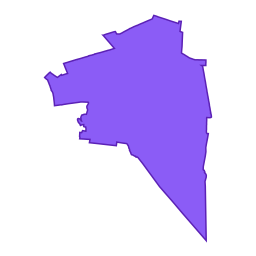 Valea Nucarilor, Tulcea, Romania
{"feature_id": "2599482B55902269150341", "entity_name": "Valea Nucarilor", "entity_type": "district", "adm_level": 2, "iso_a3": "ROU", "parent_name": "Romania", "parent_adm1": "Tulcea", "projection": "robinson", "projection_center": [28.899, 45.009], "detail": "fine", "context": "isolated", "style": "filled", "palette": "violet", "viewbox_px": 256, "rotation_deg": 0, "n_neighbors": 0, "source": "geoboundaries", "source_scale": "gbopen_adm2", "svg_char_len": 5318}
<svg xmlns="http://www.w3.org/2000/svg" viewBox="0 0 256 256"><path d="M202.6,66.1L201.9,65.7L201.6,65.5L202.9,65.5L203.4,65.5L204.4,65.5L205.8,65.5L205.8,63.6L205.9,62.7L205.9,60.0L201.8,59.9L200.9,59.9L198.8,59.9L198.1,59.8L196.8,59.8L194.9,59.8L194.5,59.6L193.6,59.4L192.3,58.9L190.6,58.3L189.6,58.0L188.9,57.6L187.1,56.4L186.5,56.1L184.2,54.6L183.1,54.0L181.6,53.1L181.5,52.9L181.5,52.6L181.8,48.9L182.0,46.9L182.1,44.7L182.1,44.3L182.6,32.6L182.6,32.4L182.3,32.3L180.0,31.4L180.9,24.4L181.3,21.3L179.0,21.2L178.8,22.1L178.7,22.3L178.4,23.5L176.9,23.0L176.3,22.8L173.8,22.0L171.6,21.3L170.3,20.9L166.0,19.4L157.9,16.8L156.8,16.3L153.8,15.4L152.3,18.8L151.4,19.3L149.9,19.9L148.2,20.6L143.8,22.5L143.7,22.6L141.2,23.6L138.7,24.7L138.5,24.8L137.9,25.1L137.4,25.4L137.2,25.5L137.0,25.4L133.6,26.8L132.3,27.5L131.8,27.7L130.4,28.4L129.6,28.6L129.0,29.1L128.3,29.5L126.0,30.7L123.9,31.8L122.7,32.5L122.4,32.7L122.2,32.8L120.8,33.5L120.3,33.7L119.9,33.9L119.8,34.0L119.2,34.0L118.5,34.0L116.6,33.9L116.5,33.7L115.5,31.8L115.4,31.6L115.2,31.5L114.9,31.6L114.0,31.8L112.9,32.1L107.4,33.8L106.6,34.0L105.2,34.5L104.1,34.9L103.6,35.2L103.4,35.2L103.0,35.2L103.1,35.3L114.4,48.4L113.7,48.6L110.7,49.6L109.9,49.9L109.0,50.1L107.7,50.4L106.3,50.9L106.1,50.9L105.0,51.2L102.4,52.0L99.6,52.8L98.6,53.0L96.3,53.6L95.4,53.9L95.0,53.8L94.8,54.1L94.4,54.3L91.1,55.3L90.8,55.3L90.3,55.4L89.0,55.7L88.7,55.8L88.6,56.0L88.4,56.1L88.1,56.2L87.8,56.3L87.4,56.5L86.1,56.8L85.0,57.1L84.2,57.4L83.0,57.7L82.5,57.9L80.1,58.6L79.4,58.8L78.6,59.0L78.2,59.1L77.1,59.4L77.1,59.5L76.7,59.5L63.6,63.5L63.9,64.2L64.7,66.1L64.7,66.3L67.4,72.9L67.6,73.5L66.0,73.9L61.7,75.3L61.3,74.5L57.4,77.4L56.7,77.0L53.4,74.8L52.7,74.2L52.4,74.1L52.2,74.0L51.9,73.7L51.2,73.2L50.5,72.6L50.4,72.5L50.3,72.4L50.2,72.2L50.0,72.3L49.6,72.5L48.7,73.4L46.3,75.7L45.2,76.9L44.8,77.2L44.6,77.5L46.6,79.3L47.6,79.9L47.6,80.1L47.9,80.7L47.9,80.8L48.2,81.6L48.5,82.2L48.6,82.6L48.9,83.2L49.0,83.6L49.5,84.9L49.9,85.7L50.2,86.8L50.6,88.0L51.0,89.2L51.4,90.4L51.3,90.5L51.8,91.1L52.1,91.4L52.3,91.7L52.6,92.5L52.9,93.2L53.0,93.5L53.4,96.0L53.5,96.2L53.8,98.3L53.8,98.6L54.3,102.9L54.5,105.7L61.0,104.8L61.5,104.9L62.5,104.7L62.9,104.6L64.3,104.3L64.5,104.3L65.8,104.1L68.3,103.7L71.4,103.3L75.8,102.7L78.1,102.4L80.6,102.0L81.2,102.0L83.0,102.0L88.2,102.2L88.5,102.7L88.5,102.9L88.5,103.1L88.4,103.4L87.8,104.7L87.5,105.1L87.0,105.9L86.8,106.9L86.9,107.3L87.0,108.2L87.3,108.7L87.5,109.3L87.6,109.9L87.5,110.6L87.3,111.2L87.0,112.1L86.7,113.3L86.4,114.3L85.6,114.2L85.1,114.2L84.5,114.3L84.1,114.3L83.5,114.5L82.8,114.9L82.6,114.9L82.4,114.9L82.1,114.9L82.0,115.0L81.8,115.1L81.7,115.3L81.5,115.6L81.3,116.2L81.1,116.6L80.9,117.2L80.9,117.3L80.8,117.6L80.9,117.9L80.9,118.2L80.9,118.6L81.0,118.7L81.0,119.2L81.2,120.3L81.2,120.5L81.5,121.0L81.4,121.0L81.0,120.5L81.0,120.4L80.8,119.5L80.8,119.3L78.4,118.5L78.0,118.6L77.7,118.9L77.6,119.0L77.5,119.3L77.6,119.8L77.6,120.3L77.8,120.8L77.9,121.1L78.1,121.5L78.2,122.0L78.6,122.6L80.0,124.2L80.2,124.6L80.3,125.3L80.5,125.5L80.9,125.3L81.6,124.9L82.2,124.8L83.0,124.7L83.7,124.6L83.7,125.6L83.7,126.2L83.7,126.4L83.8,126.6L84.1,126.8L85.7,127.0L85.7,127.4L85.9,128.0L86.0,129.2L85.8,131.2L82.6,130.6L81.6,132.6L79.8,132.4L79.6,136.3L79.6,136.7L79.7,136.9L79.8,137.0L79.9,137.4L79.8,138.4L79.7,138.8L80.7,138.9L83.3,139.0L87.5,139.3L90.0,139.4L89.4,142.7L98.6,143.7L116.3,145.7L116.7,142.9L116.8,142.6L116.8,142.1L121.1,142.8L122.4,143.0L124.5,143.3L126.7,143.6L126.9,143.8L127.2,144.1L127.7,145.1L128.1,145.3L128.3,145.7L128.5,146.6L128.6,146.9L128.8,147.4L128.8,147.9L129.0,148.3L129.2,148.8L129.5,149.2L129.5,149.4L129.6,149.8L129.5,150.4L129.7,150.7L130.0,151.2L130.1,151.5L130.2,151.9L130.6,152.3L130.8,152.8L130.9,153.6L131.1,153.9L131.5,154.7L132.0,154.8L132.8,155.0L134.6,156.1L134.8,156.2L135.6,156.2L136.0,157.1L136.6,157.1L136.8,157.1L137.0,157.1L137.3,157.1L137.5,157.2L137.8,157.4L138.3,158.0L142.5,163.3L159.6,186.7L172.7,201.7L182.6,213.4L206.2,240.6L205.3,186.3L205.0,181.5L206.2,177.2L206.3,175.5L206.2,175.0L206.0,174.5L205.9,174.2L205.7,174.0L205.5,173.6L205.3,173.3L205.1,173.1L204.6,172.8L204.5,172.6L204.6,172.3L204.8,172.1L204.8,171.8L204.6,171.4L204.4,170.9L204.3,170.6L204.1,170.4L203.9,170.1L203.5,170.1L203.3,169.8L203.2,169.6L203.3,166.5L205.3,156.0L205.9,151.8L205.8,147.5L206.6,142.9L207.5,138.4L208.3,133.6L207.1,133.6L207.0,133.3L206.9,133.2L206.7,133.1L206.5,132.7L206.4,132.3L206.4,132.0L206.4,131.7L206.4,130.5L206.5,129.6L206.5,127.4L206.5,126.7L206.5,126.3L206.5,125.5L206.6,124.9L206.6,124.5L206.6,124.2L206.6,123.1L206.6,122.5L206.6,122.1L206.7,120.9L206.7,120.4L206.7,119.4L206.7,118.7L206.6,118.0L206.7,117.8L206.8,117.5L207.7,117.6L208.9,117.7L209.5,117.7L210.5,117.6L210.9,117.5L211.0,117.4L211.4,117.1L211.4,116.8L211.4,116.6L211.4,116.4L211.3,115.7L211.3,115.3L211.1,114.4L211.0,114.1L210.7,113.5L210.9,113.5L210.9,113.4L210.1,109.3L210.1,109.1L210.0,108.4L209.4,105.4L209.4,105.0L209.3,104.2L209.0,102.5L208.6,100.6L208.5,99.8L208.5,99.5L208.4,99.2L208.3,98.6L208.2,98.2L208.0,96.8L207.6,95.0L207.5,94.1L207.1,92.1L207.0,91.7L206.9,90.7L206.8,90.0L206.3,87.3L206.1,86.3L205.9,85.0L205.8,84.3L205.7,83.8L205.5,82.4L205.2,80.7L205.1,80.4L204.9,79.1L204.6,77.6L203.9,73.2L203.6,71.8L203.5,71.1L203.3,70.2L202.8,67.2L202.6,66.1Z" fill="#8b5cf6" stroke="#5b21b6" stroke-width="1.5"/></svg>